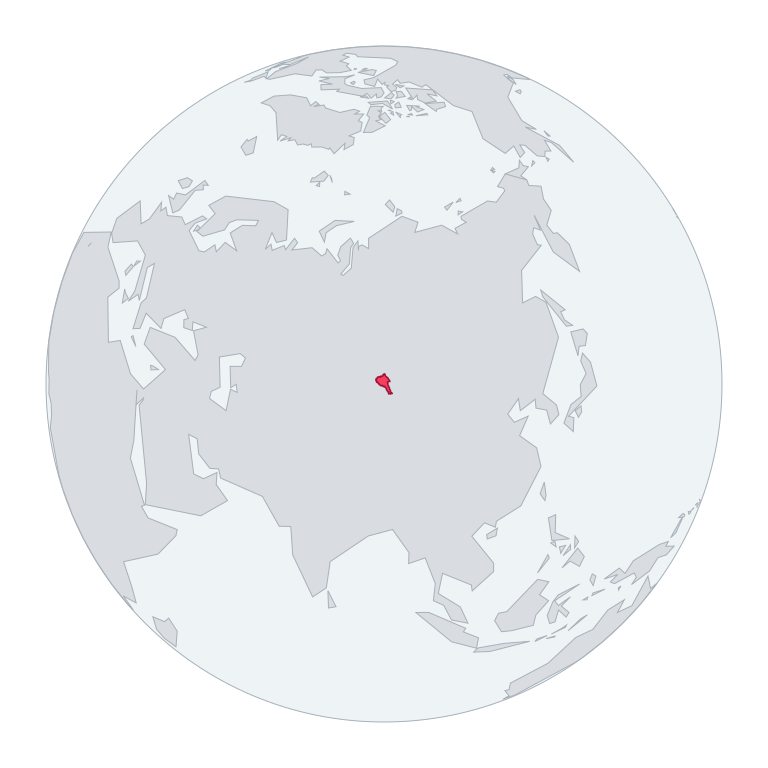 Bayan-Ölgiy on an orthographic globe
{"feature_id": "MNG-3208", "entity_name": "Bayan-Ölgiy", "entity_type": "Province", "adm_level": 1, "iso_a3": "MNG", "parent_name": "Mongolia", "parent_adm1": "", "projection": "orthographic", "projection_center": [89.851, 48.282], "detail": "fine", "context": "on_globe", "style": "filled", "palette": "rose", "viewbox_px": 768, "rotation_deg": 0, "n_neighbors": 0, "source": "natural_earth", "source_scale": "10m", "svg_char_len": 14469}
<svg xmlns="http://www.w3.org/2000/svg" viewBox="0 0 768 768"><circle cx="384" cy="384" r="338" fill="#eef3f6" stroke="#a8b0b8"/><path d="M527.0,77.8L529.0,79.5L511.7,77.9L507.4,74.4L503.7,75.0L509.0,79.8L513.3,82.9L507.8,97.1L521.8,120.6L536.4,129.4L525.3,127.1L559.6,145.4L573.7,162.2L551.5,142.6L544.5,140.3L550.9,151.0L545.1,151.1L544.8,156.5L537.3,155.9L524.9,145.3L519.8,144.9L524.7,152.6L520.2,157.4L513.8,146.0L505.2,153.4L483.0,138.7L472.0,111.5L453.5,105.6L425.7,84.6L422.0,87.2L409.2,82.0L400.2,83.3L397.6,79.7L392.6,84.1L396.7,87.2L395.8,90.3L390.9,91.6L386.7,87.0L388.6,85.7L384.8,85.0L384.9,82.3L382.1,84.4L377.6,79.1L374.6,86.4L364.9,83.9L364.0,79.9L373.7,77.6L395.7,65.2L397.8,61.7L390.9,58.3L357.5,56.7L355.8,54.4L346.4,53.2L342.9,55.2L349.0,57.0L340.2,61.2L348.7,63.7L346.4,66.0L351.3,70.3L340.1,72.6L326.6,72.9L321.9,69.8L315.9,70.1L311.8,76.0L295.1,73.8L269.8,79.3L266.7,78.8L275.6,71.6L296.9,63.5L308.6,56.9L290.4,64.5L282.7,64.4L277.0,66.1L271.3,68.4L270.1,70.0L265.2,71.0L281.3,63.1L286.0,62.0L280.8,64.3L290.8,60.8L301.6,56.7L296.9,57.7L308.9,54.5L333.3,49.9L357.9,47.1L382.7,46.1L407.5,46.9L432.2,49.5L456.6,54.0L480.6,60.2L504.1,68.2L527.0,77.8ZM673.1,209.1L672.9,208.8L672.9,208.6L673.1,209.1ZM673.2,209.3L673.6,209.9L673.6,210.0L673.2,209.3ZM674.2,211.1L673.5,209.8L674.6,211.8L674.2,211.1ZM675.8,214.2L674.8,212.3L675.1,212.7L675.8,214.2ZM677.4,217.5L677.6,218.2L676.5,216.1L677.4,217.5ZM516.2,84.5L509.7,80.0L507.1,76.0L513.2,79.6L516.2,84.5ZM520.2,93.8L515.5,91.3L520.0,89.7L521.3,91.6L520.2,93.8ZM548.1,136.1L543.9,130.7L550.0,136.0L548.1,136.1ZM546.1,157.4L549.2,159.1L547.8,161.3L546.1,157.4ZM357.0,68.8L354.2,69.5L354.8,68.3L357.0,68.8ZM361.9,70.1L364.5,68.3L367.2,68.6L365.5,69.8L361.9,70.1ZM534.9,162.6L531.7,165.9L532.8,160.6L534.9,162.6ZM357.9,72.4L371.7,69.6L376.3,70.4L373.7,75.6L357.9,72.4ZM528.4,166.7L520.8,175.8L526.9,180.0L505.3,173.9L518.9,167.8L519.4,160.3L523.2,165.6L528.4,166.7ZM400.1,87.7L395.5,84.4L403.9,86.0L400.1,87.7ZM405.7,88.0L432.6,89.9L436.9,95.9L427.0,93.8L436.2,101.1L425.1,103.0L417.5,99.4L416.9,95.1L413.1,99.2L405.7,88.0ZM494.6,169.4L490.9,170.3L492.4,167.4L494.6,169.4ZM396.2,91.7L401.2,91.3L405.3,96.4L395.9,98.1L397.6,95.9L396.2,91.7ZM444.1,102.2L445.5,106.6L436.8,109.3L436.2,111.4L425.2,103.6L444.1,102.2ZM394.2,95.4L391.0,98.9L384.6,97.9L391.5,92.5L394.2,95.4ZM410.3,97.1L411.8,99.7L407.9,98.7L410.3,97.1ZM360.0,96.9L366.0,95.8L368.6,98.3L360.0,96.9ZM390.3,100.4L392.5,100.7L394.2,101.7L390.9,103.8L390.3,100.4ZM419.8,106.2L415.9,106.6L423.9,109.5L417.7,112.0L411.5,106.5L411.6,109.9L409.7,110.7L406.7,105.4L419.8,106.2ZM392.6,109.1L382.6,103.5L370.9,104.6L368.3,102.3L387.5,101.0L392.6,109.1ZM401.2,107.3L395.3,107.8L394.9,104.5L398.8,102.1L401.2,107.3ZM415.8,115.8L426.8,113.4L427.8,114.8L415.8,115.8ZM389.3,110.0L391.8,111.3L388.5,110.4L389.3,110.0ZM407.7,114.7L411.5,113.5L412.5,115.1L407.7,114.7ZM393.6,115.2L390.4,113.3L392.9,111.5L393.6,115.2ZM400.1,115.5L400.6,117.9L395.7,112.0L401.6,114.7L400.1,115.5ZM408.0,116.3L409.9,116.8L406.3,116.6L408.0,116.3ZM386.0,123.4L379.3,116.5L384.8,112.4L390.6,119.6L386.0,123.4ZM72.4,253.2L75.3,248.0L83.9,232.4L111.2,232.0L107.9,247.2L119.2,281.2L119.0,288.3L107.8,297.1L108.4,342.4L120.2,340.4L130.5,373.8L143.6,389.0L165.5,369.6L144.2,344.1L150.2,327.4L175.0,337.3L195.1,360.5L198.1,354.8L193.5,330.8L206.5,327.2L192.9,321.8L192.3,330.5L183.8,327.7L183.9,319.6L188.4,318.5L184.7,309.7L163.9,318.5L161.0,328.4L146.2,313.2L140.0,328.4L133.0,328.7L141.0,303.1L146.5,297.8L154.5,263.4L147.3,267.5L139.3,300.5L138.1,294.3L128.3,301.2L134.8,291.1L145.4,255.1L137.6,240.9L113.1,242.6L111.6,233.4L116.8,218.4L140.2,200.9L141.1,223.8L149.4,219.0L161.6,202.2L160.8,210.9L165.9,207.2L167.4,215.6L181.8,217.0L185.2,224.7L202.6,215.9L206.7,218.9L195.2,223.1L189.1,230.6L199.0,250.8L204.4,251.9L214.9,244.8L216.3,251.8L225.2,242.4L236.7,250.8L230.2,233.0L242.4,225.3L255.7,225.8L258.5,220.4L236.8,219.8L229.2,222.6L224.6,229.9L202.9,236.2L196.9,231.5L215.2,213.7L208.8,205.4L225.8,196.1L274.0,201.7L288.1,209.7L286.5,240.0L276.5,242.5L272.0,232.5L265.3,249.3L271.0,244.2L272.2,250.4L284.2,245.5L285.6,249.7L294.6,238.2L297.6,242.8L291.9,250.0L312.1,247.7L321.6,256.0L325.6,253.6L327.0,248.7L338.1,263.0L340.5,260.7L337.8,255.0L340.8,246.7L350.4,238.1L353.7,243.5L350.7,247.3L349.3,264.0L340.8,274.1L343.1,275.5L351.3,268.2L353.0,247.7L357.9,241.0L358.5,250.4L358.7,246.4L362.1,244.9L368.6,248.6L368.6,238.3L402.0,216.3L418.0,222.2L414.8,232.4L441.7,225.2L457.6,233.9L455.0,228.4L466.2,222.2L461.4,219.3L461.0,216.3L487.5,201.0L496.3,202.2L504.8,190.8L503.5,188.2L497.5,186.6L505.3,173.9L526.9,180.0L528.8,185.5L541.0,186.2L543.5,199.0L551.2,210.4L546.8,225.1L553.3,233.4L557.4,232.8L569.3,244.3L579.6,271.4L553.3,252.0L534.2,215.3L540.4,230.1L533.7,227.7L532.6,233.9L537.4,244.7L541.3,245.2L521.6,270.4L522.6,302.9L535.6,296.4L546.0,302.3L558.5,337.2L542.8,393.6L556.5,405.0L558.9,414.6L550.4,424.0L546.7,410.1L536.0,408.1L535.2,399.2L520.3,410.7L518.5,398.6L507.7,414.1L514.3,422.3L528.2,416.1L519.6,435.7L536.6,447.8L541.0,466.5L520.8,505.9L496.4,521.3L495.4,527.2L484.5,522.8L471.8,536.2L493.6,563.1L493.6,571.6L472.2,590.9L471.4,585.0L442.5,573.3L438.3,593.5L460.3,606.9L467.9,623.2L451.5,620.0L443.7,605.3L433.4,600.7L435.3,583.6L425.2,557.9L408.6,563.6L409.0,552.6L392.5,529.5L368.2,536.0L330.2,561.6L326.3,587.9L312.6,596.9L292.7,554.8L290.8,526.5L279.2,526.2L262.4,496.4L220.7,478.1L218.6,468.9L209.9,468.4L198.7,453.8L197.2,438.8L188.6,434.3L193.7,473.9L203.4,478.7L217.0,472.5L216.2,484.5L227.5,500.6L200.8,515.8L145.3,504.6L146.6,483.2L139.1,405.2L143.0,400.2L143.3,399.4L143.6,397.9L136.0,404.8L137.0,389.8L133.8,440.6L130.4,458.2L144.5,505.2L141.5,506.3L148.0,517.9L177.2,529.6L175.9,535.7L158.0,554.1L123.6,561.7L132.0,587.4L136.2,602.9L123.3,596.0L133.3,609.9L127.9,604.5L111.4,583.7L96.5,561.6L83.4,538.5L72.2,514.4L63.0,489.5L58.9,475.2L50.3,427.6L51.6,415.4L51.1,403.1L48.9,393.8L49.1,379.0L48.5,371.9L48.8,341.5L54.0,311.4L61.9,281.9L72.4,253.2ZM91.3,242.8L88.0,246.5L91.3,242.8ZM209.5,398.5L226.1,410.7L230.5,389.3L237.2,392.4L236.2,384.3L230.7,387.7L230.1,366.3L241.5,366.4L245.5,358.0L240.2,353.6L219.4,357.0L220.1,387.3L211.3,391.4L209.5,398.5ZM281.8,64.8L280.4,65.5L274.2,67.8L276.4,66.5L281.8,64.8ZM251.3,81.0L244.2,82.3L250.8,80.2L252.4,78.2L268.2,71.8L265.9,78.3L264.1,76.3L251.3,81.0ZM288.8,66.0L279.0,68.7L289.8,65.5L288.8,66.0ZM192.4,180.9L188.9,186.7L182.4,188.5L178.2,180.6L187.6,177.7L192.4,180.9ZM185.5,194.9L204.9,180.5L208.3,185.4L203.1,185.0L203.4,189.7L195.2,190.3L179.5,209.9L172.8,212.9L168.6,195.5L173.6,199.2L176.7,193.0L185.5,194.9ZM248.3,141.0L256.7,136.5L253.2,152.9L245.8,155.3L241.0,147.0L247.1,139.4L248.3,141.0ZM350.6,82.8L354.1,81.3L355.2,82.4L353.2,84.6L350.6,82.8ZM362.6,96.2L336.7,91.4L339.4,89.2L321.1,89.9L320.9,84.6L332.7,84.1L318.9,81.0L329.5,78.4L319.4,77.1L345.8,76.7L354.8,74.8L344.9,78.8L344.8,83.7L347.4,85.2L361.7,88.5L381.1,87.6L384.1,92.9L381.1,96.9L376.9,97.9L376.3,94.0L371.1,98.2L367.0,93.4L362.6,96.2ZM344.0,149.6L345.0,143.2L334.0,153.7L329.8,147.8L328.8,149.4L321.9,147.0L311.8,147.0L311.3,143.8L307.6,145.3L302.9,144.0L297.6,145.0L294.9,139.8L288.2,140.8L290.8,137.8L280.0,141.1L286.8,136.4L281.4,134.7L277.7,140.1L276.0,112.6L270.0,105.7L261.3,102.9L274.1,96.1L290.5,94.9L306.7,97.8L310.6,105.8L315.7,101.6L319.1,104.4L313.6,106.5L324.0,105.0L325.4,107.9L339.8,112.5L354.0,109.3L359.6,111.2L354.7,114.0L363.7,114.0L358.3,120.7L362.2,122.4L360.7,131.0L349.0,135.9L354.2,137.5L353.3,144.5L344.0,149.6ZM385.2,125.8L372.1,132.3L363.4,132.5L369.7,117.5L366.9,115.1L370.6,106.2L383.1,106.4L380.9,108.8L381.7,111.3L377.4,110.2L381.4,112.9L378.5,116.5L380.8,119.7L375.9,120.9L385.2,125.8ZM124.7,288.9L125.6,293.1L128.4,298.4L122.3,303.1L124.7,288.9ZM131.5,264.1L133.2,266.7L125.9,275.3L125.0,271.1L131.5,264.1ZM140.3,261.2L133.8,266.2L136.8,261.0L140.3,261.2ZM197.5,225.2L200.1,227.8L197.9,230.1L193.6,231.1L197.5,225.2ZM310.4,182.1L312.3,177.8L314.6,178.0L324.3,171.1L328.2,175.4L323.9,181.1L310.4,182.1ZM158.4,369.6L151.0,369.9L150.6,365.3L153.2,366.1L158.4,369.6ZM133.0,335.6L135.9,346.6L131.3,336.8L133.0,335.6ZM316.2,185.6L319.8,182.2L319.5,186.5L316.2,185.6ZM331.5,178.2L332.3,182.7L329.8,175.1L331.5,178.2ZM177.2,631.2L176.0,646.8L164.4,638.3L156.5,629.1L152.9,616.8L164.6,621.6L168.7,618.1L177.2,631.2ZM546.1,638.6L555.0,636.0L554.6,637.0L546.1,638.6ZM537.0,638.9L547.3,635.5L534.9,641.5L537.0,638.9ZM551.3,634.1L561.9,628.3L566.5,625.0L565.5,627.2L551.3,634.1ZM529.8,641.3L489.8,651.5L473.7,652.1L477.8,648.0L503.8,643.4L529.8,641.3ZM476.5,648.2L451.6,641.8L415.9,612.5L428.7,612.4L465.7,628.3L463.4,631.9L478.5,637.8L476.5,648.2ZM535.8,615.1L533.3,625.3L511.5,630.7L501.5,631.7L494.6,620.7L498.5,613.3L506.8,611.6L537.7,579.4L548.8,581.7L539.6,594.8L548.6,600.7L535.8,615.1ZM327.9,590.6L336.0,606.7L328.5,608.0L327.9,590.6ZM549.3,557.9L537.5,573.0L547.9,554.6L549.3,557.9ZM554.9,541.3L556.1,546.9L550.7,543.0L554.9,541.3ZM496.0,535.8L487.3,539.0L486.6,534.7L497.4,528.1L496.0,535.8ZM544.3,482.1L546.0,495.5L544.9,500.6L540.1,493.8L544.3,482.1ZM354.3,221.4L336.4,225.7L326.1,232.7L324.4,242.1L319.2,231.2L335.1,220.4L354.3,221.4ZM395.8,216.1L397.2,208.6L401.7,211.0L402.0,213.1L395.8,216.1ZM393.1,212.2L385.3,204.6L389.5,199.9L394.8,206.7L393.1,212.2ZM350.1,194.1L344.6,194.9L344.9,191.3L350.1,194.1ZM582.8,657.3L574.8,662.6L514.6,695.2L502.9,699.2L509.1,695.8L504.9,690.7L509.1,689.6L510.4,683.1L547.9,663.3L575.8,637.5L592.8,629.4L608.0,609.9L624.4,599.7L617.4,612.5L631.9,605.7L648.0,576.0L650.6,588.6L656.9,583.2L656.3,584.1L640.1,604.5L622.4,623.5L603.2,641.2L582.8,657.3ZM699.4,503.4L700.5,500.5L699.4,503.4ZM568.1,630.7L580.9,618.6L587.4,614.8L568.1,630.7ZM698.8,503.5L696.6,507.6L697.1,505.9L698.8,503.5ZM699.5,500.2L699.6,498.9L700.1,500.4L699.5,500.2ZM695.9,504.3L698.2,502.4L695.5,505.3L695.9,504.3ZM694.1,507.7L692.1,509.8L692.3,509.0L694.1,507.7ZM665.8,546.3L674.1,546.1L666.3,554.9L658.0,557.6L649.5,571.0L631.5,584.6L636.3,577.4L634.3,572.9L614.4,583.7L610.4,581.9L617.9,574.5L604.2,579.0L619.3,568.1L625.0,573.4L633.4,560.7L646.9,552.3L659.3,544.5L668.3,541.5L665.8,546.3ZM618.5,587.7L621.0,586.0L618.5,590.0L618.5,587.7ZM688.2,511.7L691.1,510.9L690.6,512.5L689.0,514.2L688.2,511.7ZM670.6,537.8L680.7,519.7L682.9,517.1L676.0,532.6L670.6,537.8ZM678.7,517.6L683.0,513.4L684.9,514.7L684.0,516.9L678.7,517.6ZM587.8,597.0L587.0,599.8L583.0,599.9L587.8,597.0ZM593.1,592.9L605.1,589.1L591.9,595.6L593.1,592.9ZM554.7,600.8L558.4,605.5L570.4,596.8L561.3,606.1L569.0,612.4L566.1,617.1L558.5,610.0L555.1,621.8L549.7,623.6L547.2,615.5L552.8,601.9L558.2,594.9L579.6,584.0L554.7,600.8ZM593.2,585.6L589.9,580.0L592.3,573.9L595.9,576.0L593.2,585.6ZM579.5,566.4L570.0,561.1L562.0,567.9L577.7,548.1L584.3,556.5L579.5,566.4ZM570.6,549.3L563.1,555.7L570.4,544.8L570.6,549.3ZM560.8,553.3L559.4,546.9L565.6,545.4L560.8,553.3ZM574.6,547.9L575.0,536.0L578.6,541.4L574.6,547.9ZM555.2,532.6L569.5,538.8L551.9,540.5L548.4,517.9L555.7,514.7L555.2,532.6ZM578.5,417.3L575.2,410.7L581.0,405.9L581.7,411.8L578.5,417.3ZM596.9,386.0L581.5,402.5L568.5,416.3L573.9,417.6L573.3,431.6L563.9,423.1L571.0,404.5L581.2,396.4L580.2,384.9L586.1,373.4L580.7,360.9L582.5,353.1L590.5,362.2L596.9,386.0ZM578.0,355.8L570.8,331.9L583.0,328.9L587.3,333.4L585.4,345.5L579.1,346.3L578.0,355.8ZM572.6,325.4L566.4,326.2L542.8,296.8L540.8,290.1L565.2,309.8L560.7,311.7L564.4,319.8L572.6,325.4ZM493.4,172.9L491.1,170.5L495.0,171.4L493.4,172.9ZM458.1,214.9L458.2,211.0L462.7,211.8L458.1,214.9ZM461.1,200.7L455.9,202.5L460.0,198.3L461.1,200.7ZM444.6,207.1L453.2,202.1L447.0,210.2L444.6,207.1Z" fill="#d9dde1" stroke="#a8b0b8" stroke-width="1"/><path d="M376.4,381.1L376.2,381.0L376.1,380.9L376.0,380.7L375.9,380.5L375.8,380.4L375.8,380.2L376.2,380.0L376.3,379.9L376.3,379.6L376.2,379.5L376.1,379.4L376.2,379.2L376.2,378.9L376.2,378.7L376.3,378.7L376.7,378.7L376.8,378.6L377.0,378.4L377.3,378.2L377.5,377.9L377.4,377.8L377.3,377.6L377.4,377.4L377.5,377.3L377.5,377.2L378.4,376.9L378.6,377.0L379.0,377.0L379.0,376.9L379.3,376.8L379.5,377.0L380.2,377.2L380.3,377.1L380.2,376.9L380.2,376.7L380.3,376.5L380.5,376.8L380.6,377.0L380.8,377.0L381.4,376.8L381.5,376.7L381.5,376.4L381.4,376.2L381.5,376.1L381.9,376.3L382.0,376.3L382.3,376.2L382.6,376.0L382.7,375.9L383.1,375.7L383.4,375.6L383.5,375.4L383.4,375.3L383.2,375.2L383.2,374.9L383.1,374.7L383.1,374.4L383.3,374.3L383.5,374.2L384.1,374.2L384.3,374.2L384.5,373.9L384.8,374.0L385.0,374.4L385.1,374.7L385.2,374.9L385.2,375.0L385.2,375.3L385.5,375.7L385.5,375.8L385.6,376.1L385.7,376.3L385.8,376.4L385.9,376.5L386.6,376.9L387.0,377.2L387.1,377.3L387.1,377.5L387.2,377.8L387.3,377.9L387.5,377.9L387.9,377.9L388.0,378.0L388.1,378.3L388.1,378.5L388.4,378.9L388.4,379.0L388.5,379.3L388.8,379.8L389.2,380.0L389.3,380.0L389.4,380.3L389.5,380.4L389.6,380.5L389.8,381.1L389.8,381.4L389.8,381.5L389.6,381.5L389.2,381.4L388.9,381.5L387.7,382.0L387.3,382.1L387.3,382.3L387.6,382.5L387.9,383.1L387.9,383.3L387.7,383.5L387.7,383.8L387.7,384.0L387.8,384.7L387.9,384.8L387.9,385.0L388.0,385.0L388.3,385.4L388.4,385.5L388.6,386.1L388.9,387.1L389.1,387.3L389.2,387.5L389.3,387.6L389.6,388.5L389.6,388.8L389.6,389.0L389.7,389.4L390.2,390.1L390.5,390.4L390.5,390.6L390.3,391.1L390.3,391.3L390.3,391.5L390.4,391.8L390.6,391.9L390.7,392.0L390.9,392.1L391.2,392.3L391.6,392.7L391.9,393.1L392.2,393.3L392.2,393.5L391.5,393.6L391.0,393.7L390.9,393.7L390.7,393.6L390.5,394.0L390.3,394.1L390.2,394.1L390.0,393.9L389.8,393.6L389.7,393.5L389.4,393.5L389.1,393.4L388.8,393.3L388.7,393.4L388.7,393.1L388.5,392.9L388.4,392.7L388.4,392.4L388.3,392.2L388.2,392.1L388.2,391.9L388.0,391.7L387.9,391.6L387.7,391.6L386.5,389.7L386.6,389.4L386.5,389.2L386.4,389.2L386.4,388.8L386.4,388.6L386.2,388.5L386.1,388.4L386.0,388.1L385.9,388.0L385.9,387.9L386.0,387.7L385.9,387.6L385.4,387.5L385.2,387.4L384.9,387.1L384.8,386.9L384.8,386.7L384.8,386.4L384.6,386.4L384.4,386.3L384.3,386.5L384.1,386.7L383.7,386.7L383.5,386.4L383.4,386.3L383.2,386.3L383.2,386.2L383.0,385.9L382.9,385.9L382.9,385.7L382.6,385.5L382.3,385.5L382.1,385.4L382.0,385.5L381.8,385.6L381.7,385.7L381.6,385.8L381.3,385.7L380.9,385.7L380.4,385.1L380.2,385.0L379.9,385.0L379.8,384.9L379.5,384.6L379.4,384.6L379.2,384.6L379.0,384.4L379.0,384.2L378.9,384.0L378.9,383.9L379.0,383.7L378.7,383.3L378.4,383.3L378.3,383.2L378.1,382.9L377.7,382.7L377.4,382.7L377.2,382.5L377.1,382.4L376.9,382.4L376.7,382.3L376.6,382.2L376.7,381.9L376.8,381.8L376.8,381.7L377.0,381.6L377.0,381.4L376.9,381.3L376.7,381.1L376.4,381.1Z" fill="#f43f5e" stroke="#9f1239" stroke-width="1.5"/></svg>